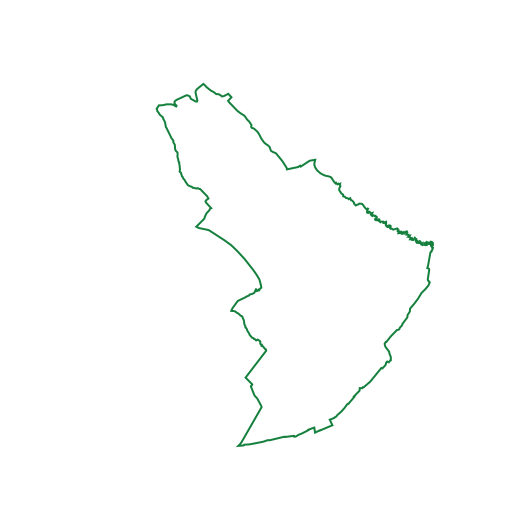 Topana, Olt, Romania (Albers equal-area conic projection), rotated 318°
{"feature_id": "2599482B92516627425208", "entity_name": "Topana", "entity_type": "district", "adm_level": 2, "iso_a3": "ROU", "parent_name": "Romania", "parent_adm1": "Olt", "projection": "albers", "projection_center": [24.532, 44.851], "detail": "fine", "context": "isolated", "style": "outline", "palette": "green", "viewbox_px": 512, "rotation_deg": 318, "n_neighbors": 0, "source": "geoboundaries", "source_scale": "gbopen_adm2", "svg_char_len": 6130}
<svg xmlns="http://www.w3.org/2000/svg" viewBox="0 0 512 512"><g transform="rotate(318 256 256)"><path d="M199.5,432.9L201.3,427.0L205.7,428.7L206.0,428.5L208.3,429.0L210.2,428.6L215.3,428.7L219.9,428.2L224.6,427.2L225.3,427.3L225.6,427.7L234.8,426.5L234.7,425.9L242.8,425.4L244.7,423.6L246.3,425.2L247.5,425.0L247.9,425.6L256.8,425.8L274.3,423.1L274.7,424.1L278.5,423.8L279.8,423.5L281.1,422.5L282.4,422.2L282.9,422.2L283.3,423.6L283.6,423.9L286.0,423.4L286.4,423.7L288.6,421.3L289.8,418.0L290.9,416.2L291.4,410.3L292.1,408.5L293.0,407.2L295.0,406.7L295.3,407.1L302.5,405.9L311.2,405.3L312.6,406.2L313.7,406.2L315.0,405.5L318.0,405.3L319.6,404.4L327.4,402.9L329.1,401.3L333.2,400.2L335.0,398.4L335.8,398.1L340.8,397.5L347.7,396.2L354.3,394.2L359.5,394.0L364.4,393.3L367.5,391.8L367.6,391.4L367.3,390.9L367.6,389.9L367.4,389.5L367.9,388.4L375.6,382.1L375.9,381.3L375.9,380.7L375.2,379.7L377.8,378.0L387.8,370.2L389.8,369.7L389.8,369.9L392.1,368.9L392.8,368.4L392.3,368.0L392.9,367.1L392.7,366.0L393.0,365.4L393.7,366.3L394.5,366.5L395.4,365.6L394.9,364.6L395.8,364.7L396.2,364.4L396.1,364.0L395.2,363.8L395.3,363.4L395.9,362.9L395.3,362.2L394.7,362.5L394.0,364.0L393.4,364.1L393.3,362.2L392.6,362.7L392.2,362.5L392.4,360.6L392.2,359.7L391.2,359.7L390.6,361.7L390.2,362.1L389.6,361.5L389.7,360.8L390.2,360.2L389.8,359.4L388.7,360.6L388.1,359.6L386.9,359.2L387.0,358.6L388.1,357.8L386.7,357.5L387.7,356.0L387.8,355.0L387.6,354.4L387.3,354.3L386.3,355.8L385.7,355.2L386.3,354.6L386.2,354.2L385.7,354.0L384.8,354.3L384.4,353.8L384.7,353.3L384.5,352.9L384.8,351.9L385.8,352.5L386.1,352.2L385.6,351.1L386.4,350.4L386.1,349.7L386.2,348.7L383.7,349.4L382.6,348.3L382.8,347.8L383.7,347.8L383.8,347.2L382.3,347.2L381.7,346.7L383.2,346.1L382.5,344.6L383.9,343.9L382.4,343.3L383.5,342.9L383.7,342.4L382.7,341.2L382.0,340.8L382.2,340.4L383.1,340.3L383.1,339.6L383.3,339.3L384.4,339.4L384.6,338.6L384.2,338.3L382.7,338.4L382.1,337.3L381.0,338.2L380.7,337.1L380.0,337.5L379.3,337.3L379.1,336.7L380.4,335.7L380.4,335.3L379.6,334.6L379.3,335.7L378.9,335.7L377.0,334.3L378.5,333.3L378.1,332.6L378.9,332.3L378.4,331.8L379.5,330.7L379.4,330.0L375.8,328.3L375.5,328.0L375.2,326.5L374.2,325.8L374.2,325.1L376.1,324.0L376.1,323.3L375.6,322.4L374.9,322.1L373.8,323.0L373.0,322.3L373.4,321.1L373.0,320.8L372.9,320.3L374.0,319.2L374.1,318.4L374.9,318.5L375.6,317.6L374.1,316.9L373.1,317.2L372.7,316.3L373.4,315.5L372.0,314.2L371.0,314.1L371.1,313.0L372.0,311.6L372.0,311.0L371.7,310.8L371.1,311.8L370.6,311.8L370.3,310.1L369.4,310.0L368.8,309.1L369.0,308.5L369.5,308.1L371.5,308.2L371.9,307.8L371.6,306.0L370.9,305.7L370.8,304.8L370.4,304.3L369.2,304.2L369.0,303.2L369.1,302.3L370.0,302.6L371.3,301.9L370.0,301.4L370.1,299.7L369.7,298.6L369.2,298.5L369.3,299.3L368.6,299.4L367.6,298.3L368.0,297.4L368.9,297.1L369.2,296.3L370.9,295.8L370.8,295.5L369.7,295.2L369.3,294.6L369.4,291.5L369.7,290.2L369.7,288.2L367.7,286.1L366.3,286.1L365.1,285.4L364.0,285.2L363.9,282.6L364.5,281.8L364.6,280.7L364.5,279.1L364.0,278.0L364.7,276.1L363.0,275.9L362.9,274.6L361.7,273.1L361.7,271.4L360.7,270.0L361.8,268.7L361.3,266.7L361.9,262.7L363.1,261.5L365.4,260.6L365.9,259.5L366.9,258.6L365.9,258.3L365.6,257.3L364.7,257.4L364.5,256.6L363.8,255.8L364.5,255.0L363.5,254.2L364.5,247.9L363.4,245.6L361.2,242.6L359.7,239.2L359.2,237.2L358.7,233.5L359.2,230.0L360.2,227.5L361.6,226.0L364.4,224.1L359.6,221.1L349.1,219.5L349.2,218.4L346.9,218.1L336.9,212.3L337.7,211.2L338.7,205.7L339.1,202.9L339.5,194.6L339.5,192.8L338.1,189.9L337.5,187.7L339.0,184.4L339.0,182.3L338.1,178.5L338.0,176.6L338.5,172.3L339.9,167.1L340.2,164.6L339.8,160.5L339.4,159.2L338.7,158.2L338.6,157.3L338.9,156.7L340.1,155.9L340.4,154.9L340.9,151.5L340.7,148.7L341.2,145.0L341.2,143.8L340.0,139.6L339.3,135.8L338.9,123.5L339.1,122.0L344.0,121.6L343.9,116.9L339.2,115.7L337.4,114.6L337.3,113.1L336.4,110.6L334.8,109.1L334.2,105.6L333.2,103.3L332.2,97.1L332.3,94.8L332.0,92.9L324.0,92.5L321.8,92.9L320.4,94.1L316.4,101.3L315.5,101.7L314.6,100.9L312.8,95.7L312.8,95.2L313.6,93.4L313.5,92.7L312.6,90.8L311.8,90.0L302.0,87.0L299.8,86.6L298.7,86.9L297.7,87.8L297.5,88.7L297.5,91.2L296.8,91.5L296.4,90.9L296.0,88.9L294.6,86.7L291.1,83.5L287.7,81.6L284.6,79.1L280.7,80.1L280.3,81.4L279.6,82.2L279.5,84.4L279.1,86.1L279.1,87.2L279.6,90.6L278.8,92.2L278.5,93.8L277.7,96.1L275.3,99.8L275.2,100.9L271.9,112.4L271.9,114.7L270.7,116.1L270.1,119.0L267.3,122.6L266.8,124.0L266.9,126.3L266.6,127.1L264.0,129.7L262.8,132.3L261.7,133.8L261.6,135.1L261.0,135.5L260.0,137.3L257.5,140.7L255.8,142.1L255.7,142.8L256.0,143.7L254.3,147.3L254.3,148.8L253.7,150.1L253.9,151.5L253.4,153.2L252.8,157.8L253.5,159.7L254.5,161.5L254.7,162.2L254.6,162.8L257.1,166.2L258.1,166.6L258.7,168.2L259.3,168.9L259.7,178.9L259.1,181.5L256.1,181.2L254.9,181.7L254.6,182.8L254.7,190.5L253.3,190.2L251.9,190.8L248.0,191.1L244.7,192.4L242.5,193.7L231.2,194.3L232.3,197.0L238.2,205.1L243.0,222.9L244.7,230.9L245.0,233.6L245.4,240.2L245.5,250.6L244.6,264.5L243.9,270.2L243.0,274.8L242.5,276.4L239.9,281.4L238.8,283.1L237.1,283.0L235.4,283.6L235.2,283.3L235.4,283.2L235.4,282.9L234.5,283.1L234.2,282.7L233.2,282.7L232.6,282.2L232.7,281.9L233.4,281.8L233.9,281.0L233.7,280.7L230.2,282.2L227.6,281.6L225.6,280.4L224.4,280.7L221.6,279.7L221.1,279.8L212.3,277.2L203.5,279.1L200.9,280.2L201.2,280.7L202.6,281.9L203.6,283.7L203.6,284.8L204.4,286.9L204.7,290.2L205.3,291.6L203.9,295.7L201.5,299.3L201.1,301.2L200.3,302.0L200.5,302.7L200.2,304.5L199.5,305.9L199.0,309.3L198.5,310.3L198.4,314.0L199.2,315.4L199.0,316.4L199.6,317.4L199.6,318.8L201.3,319.2L202.0,321.9L201.8,322.8L201.0,323.4L200.4,324.3L200.4,325.0L201.0,325.8L200.0,326.6L200.7,327.6L200.5,331.3L200.9,332.1L200.2,333.2L166.9,339.4L167.3,348.9L166.7,349.2L165.0,349.4L162.1,357.0L161.5,358.9L161.6,362.7L159.6,370.8L159.0,372.1L121.2,384.5L118.7,385.1L115.8,385.3L120.2,388.6L120.9,388.3L124.9,391.5L132.3,396.0L137.4,399.0L141.5,400.7L142.9,402.1L155.3,408.8L156.5,409.6L156.4,409.9L163.4,414.7L163.9,415.1L163.5,415.9L164.8,416.8L168.1,417.4L171.6,418.7L178.4,420.5L178.6,420.1L184.5,422.5L181.7,426.8L186.9,428.3L186.8,428.5L199.5,432.9Z" fill="none" stroke="#15803d" stroke-width="2"/></g></svg>